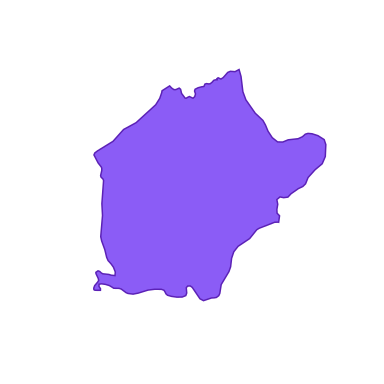 an SVG outline of Kossi, rotated 233°
{"feature_id": "BFA-2802", "entity_name": "Kossi", "entity_type": "Province", "adm_level": 1, "iso_a3": "BFA", "parent_name": "Burkina Faso", "parent_adm1": "", "projection": "robinson", "projection_center": [-3.893, 12.938], "detail": "fine", "context": "isolated", "style": "filled", "palette": "violet", "viewbox_px": 384, "rotation_deg": 233, "n_neighbors": 0, "source": "natural_earth", "source_scale": "10m", "svg_char_len": 2149}
<svg xmlns="http://www.w3.org/2000/svg" viewBox="0 0 384 384"><g transform="rotate(233 192 192)"><path d="M172.9,54.9L173.7,55.2L174.5,55.9L175.6,57.6L175.8,57.9L176.9,62.7L177.6,64.3L179.4,65.1L184.6,66.2L185.7,66.9L185.6,69.5L184.1,70.5L182.1,70.8L180.4,71.5L176.1,76.1L174.3,77.3L171.6,80.2L174.3,82.6L179.2,84.0L183.4,84.1L187.7,83.7L191.1,84.5L198.5,87.7L207.3,90.4L211.2,92.2L227.1,106.4L236.9,113.0L254.4,128.3L255.9,128.7L258.7,128.3L260.1,128.9L263.5,132.9L265.4,134.3L266.8,134.6L271.6,134.5L280.6,136.0L281.7,137.9L281.7,141.4L280.0,159.4L283.1,175.0L281.0,189.0L283.5,215.5L286.2,222.6L289.5,227.5L290.9,229.0L290.2,238.0L287.3,238.3L284.6,239.2L283.5,240.7L282.7,244.3L280.9,244.7L277.0,243.0L271.1,243.0L270.4,243.8L270.2,245.6L269.8,247.4L266.3,249.2L266.5,251.5L268.2,253.8L271.1,254.8L272.2,256.3L271.6,259.6L270.2,263.0L269.1,265.0L270.4,267.3L269.8,268.9L268.4,270.2L267.5,271.6L267.6,274.3L268.1,276.5L267.6,278.0L266.5,279.7L267.5,280.0L267.5,281.6L264.8,283.1L264.6,285.8L266.0,292.5L265.3,295.3L262.2,298.8L261.5,303.3L254.8,300.7L241.5,293.0L233.2,290.5L216.9,289.9L206.5,291.7L201.4,291.0L194.8,289.3L187.1,288.8L180.5,290.5L177.3,294.5L175.8,300.2L170.7,308.8L169.7,313.4L169.8,315.3L170.0,317.3L169.0,319.9L166.3,322.9L161.2,326.5L154.3,329.1L149.3,327.4L140.1,319.8L136.2,313.0L135.7,303.7L133.7,293.4L130.2,287.6L129.7,283.8L130.7,279.0L131.0,270.0L130.2,265.5L132.3,261.8L135.1,259.3L134.9,255.2L130.6,253.1L127.0,249.3L123.9,247.2L120.3,247.6L115.7,243.0L116.0,242.8L118.1,239.8L122.6,223.9L122.9,221.0L120.1,210.0L120.9,196.1L119.1,189.4L115.2,183.7L109.0,177.8L106.2,173.6L100.5,159.6L94.3,153.2L93.1,151.0L93.1,148.0L94.2,145.9L95.6,143.9L98.3,135.8L101.9,134.1L115.6,134.8L118.0,134.1L119.5,131.9L119.0,129.8L114.5,127.0L113.0,124.7L114.0,121.0L117.1,116.7L121.0,112.8L124.3,110.3L126.3,109.9L128.3,110.3L130.4,110.5L132.7,109.0L136.7,103.8L140.1,97.9L143.7,88.0L145.9,83.5L149.5,79.8L151.2,78.8L157.0,77.1L158.9,75.8L162.2,71.6L164.8,70.6L167.0,69.7L170.3,67.3L173.1,64.5L174.3,62.3L172.6,60.9L169.8,60.7L168.6,59.7L171.5,55.9L172.2,55.2L172.9,54.9Z" fill="#8b5cf6" stroke="#5b21b6" stroke-width="1.5"/></g></svg>